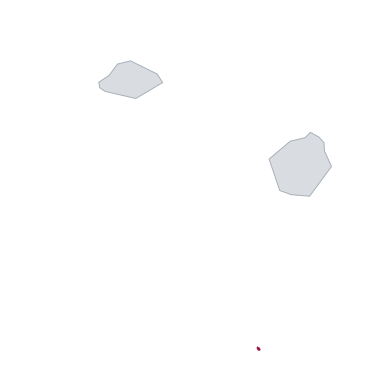 location of Redonda within Antigua and Barbuda, rotated 298°
{"feature_id": "ATG-5092", "entity_name": "Redonda", "entity_type": "Dependency", "adm_level": 1, "iso_a3": "ATG", "parent_name": "Antigua and Barbuda", "parent_adm1": "", "projection": "albers", "projection_center": [-62.345, 16.936], "detail": "fine", "context": "in_parent", "style": "filled", "palette": "rose", "viewbox_px": 384, "rotation_deg": 298, "n_neighbors": 0, "source": "natural_earth", "source_scale": "10m", "svg_char_len": 601}
<svg xmlns="http://www.w3.org/2000/svg" viewBox="0 0 384 384"><g transform="rotate(298 192 192)"><path d="M290.5,289.6L280.0,303.2L243.5,297.8L236.2,280.8L234.5,268.8L257.3,244.6L283.0,254.9L293.0,266.3L300.2,268.5L300.1,278.3L297.4,285.5L290.5,289.6ZM279.8,105.7L274.9,114.7L248.2,98.5L240.0,68.0L240.8,61.5L245.3,58.2L255.9,64.0L270.0,66.2L278.9,76.1L279.8,105.7Z" fill="#d9dde1" stroke="#a8b0b8" stroke-width="1"/><path d="M84.7,323.4L85.0,322.9L85.5,322.8L85.5,323.6L85.5,324.8L85.0,325.6L84.2,325.8L83.8,325.2L84.1,324.0L84.7,323.4Z" fill="#f43f5e" stroke="#9f1239" stroke-width="1.5"/></g></svg>